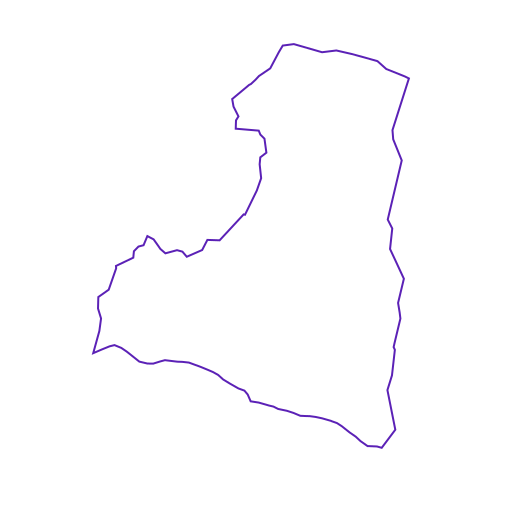 outline of Umuahia South, Abia, Nigeria, rotated 263°
{"feature_id": "59680162B33788323646847", "entity_name": "Umuahia South", "entity_type": "district", "adm_level": 2, "iso_a3": "NGA", "parent_name": "Nigeria", "parent_adm1": "Abia", "projection": "albers", "projection_center": [7.437, 5.501], "detail": "fine", "context": "isolated", "style": "outline", "palette": "violet", "viewbox_px": 512, "rotation_deg": 263, "n_neighbors": 0, "source": "geoboundaries", "source_scale": "gbopen_adm2", "svg_char_len": 1684}
<svg xmlns="http://www.w3.org/2000/svg" viewBox="0 0 512 512"><g transform="rotate(263 256 256)"><path d="M461.6,308.2L455.4,303.4L440.5,293.0L434.3,280.9L431.0,277.0L427.3,271.9L426.7,270.1L414.7,251.5L407.0,251.9L396.7,255.6L393.1,252.7L391.9,252.5L390.0,252.2L384.8,251.4L384.2,254.4L380.1,274.0L376.0,275.1L371.4,278.7L357.3,278.9L353.4,272.3L346.6,270.8L332.6,270.6L320.9,264.8L298.3,250.1L298.8,248.8L276.0,221.8L277.9,209.7L268.5,203.3L263.7,187.2L269.3,183.5L271.4,178.3L269.7,166.4L274.7,161.9L277.8,160.3L285.0,156.4L289.0,150.6L280.4,145.7L279.7,140.5L275.6,135.4L269.3,134.0L263.2,115.8L260.8,115.7L240.5,105.7L234.5,94.5L223.1,92.8L212.9,94.6L200.7,91.4L179.4,82.6L180.1,85.0L182.1,91.9L184.2,99.7L184.8,104.7L181.2,111.1L176.9,116.0L175.1,117.8L170.4,122.4L165.4,127.3L162.5,135.1L161.7,140.8L163.0,148.0L163.7,152.9L160.7,165.0L159.9,170.0L158.4,176.4L154.8,183.4L154.7,183.7L152.6,187.7L149.0,194.1L146.1,199.1L142.5,204.0L137.5,208.3L132.5,214.6L126.7,222.4L123.8,228.1L119.5,230.9L112.4,233.0L110.2,240.8L106.6,249.3L106.1,250.4L104.4,255.0L101.5,259.3L98.6,267.8L95.8,273.8L95.6,274.2L92.0,280.5L91.1,285.8L90.5,289.8L89.0,295.5L87.4,300.2L86.8,301.9L83.2,310.4L82.9,310.8L80.3,316.0L76.7,320.3L69.5,327.4L64.5,333.0L59.5,337.2L53.7,343.6L53.7,343.9L52.2,352.9L50.3,357.4L63.8,370.4L66.6,373.1L106.9,370.1L120.9,376.4L146.0,382.4L148.8,381.5L153.0,383.0L176.3,391.7L182.2,391.7L192.1,391.3L215.4,400.0L233.4,394.2L246.6,389.9L266.7,394.6L276.1,391.2L333.1,412.3L355.1,406.4L364.3,406.8L413.6,429.4L416.1,425.6L425.7,408.1L434.6,400.3L439.9,387.7L444.8,375.7L450.2,360.8L450.2,346.4L461.7,319.4L461.6,308.2Z" fill="none" stroke="#5b21b6" stroke-width="2"/></g></svg>